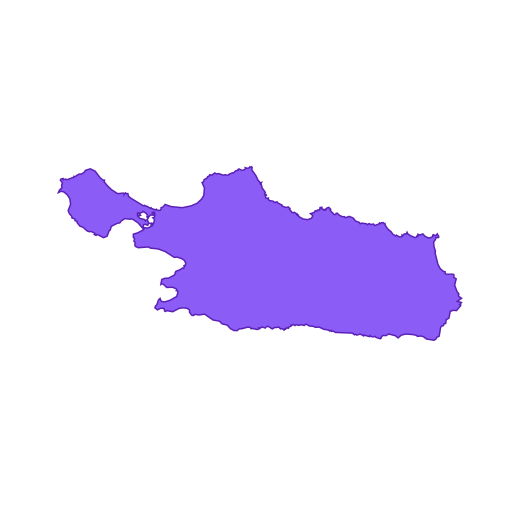 outline of Kangaroo Island, South Australia, Australia, rotated 199°
{"feature_id": "25037944B21501160534360", "entity_name": "Kangaroo Island", "entity_type": "district", "adm_level": 2, "iso_a3": "AUS", "parent_name": "Australia", "parent_adm1": "South Australia", "projection": "albers", "projection_center": [137.321, -35.824], "detail": "fine", "context": "isolated", "style": "filled", "palette": "violet", "viewbox_px": 512, "rotation_deg": 199, "n_neighbors": 0, "source": "geoboundaries", "source_scale": "gbopen_adm2", "svg_char_len": 6112}
<svg xmlns="http://www.w3.org/2000/svg" viewBox="0 0 512 512"><g transform="rotate(199 256 256)"><path d="M412.2,224.6L406.1,223.7L403.2,226.3L403.1,232.0L402.3,233.1L402.5,236.9L397.7,241.9L395.6,242.9L394.8,245.2L392.3,248.6L386.9,249.8L386.3,250.5L384.1,250.5L378.4,249.0L372.2,245.3L372.4,249.1L371.1,249.9L368.4,249.7L368.3,251.4L367.2,252.3L368.4,252.4L370.5,254.9L371.5,254.4L372.0,253.1L373.6,254.2L377.7,253.7L380.9,255.3L382.0,257.5L381.5,257.6L381.4,258.6L379.4,257.8L379.8,258.8L377.6,260.3L377.2,261.5L373.1,260.3L370.9,257.7L369.9,258.4L369.3,260.3L366.1,261.3L366.4,262.3L368.2,262.9L367.1,264.3L366.2,264.3L364.8,261.4L364.7,259.7L366.0,258.6L363.9,257.6L363.4,254.0L364.0,250.6L367.7,247.0L371.0,246.5L370.8,244.2L375.6,239.2L379.1,236.7L378.1,233.8L376.4,232.7L376.3,230.3L374.6,229.4L374.1,226.9L373.1,225.8L370.0,225.5L360.7,229.5L358.3,229.1L351.0,230.8L343.6,230.7L332.8,228.1L330.2,229.3L324.8,229.3L322.1,228.4L320.0,226.2L319.8,224.6L321.4,222.8L320.1,223.4L320.4,220.8L321.6,220.7L323.4,218.2L326.7,215.5L327.0,214.1L326.5,213.4L327.3,211.0L331.5,206.6L335.2,205.1L337.5,203.1L336.7,198.2L336.1,199.1L334.4,199.1L330.2,197.2L324.6,199.3L320.8,199.0L320.0,198.2L320.1,197.3L318.8,197.5L318.0,196.1L317.8,191.9L322.9,186.1L327.7,182.7L330.9,182.3L332.9,184.7L333.9,182.7L333.9,177.6L334.8,175.8L334.7,174.1L331.6,173.0L329.2,175.5L326.5,176.4L325.5,176.1L324.7,174.4L323.7,174.0L322.2,175.4L316.6,176.2L311.7,181.4L308.5,183.1L304.6,184.1L301.5,183.5L300.4,181.0L297.3,179.0L295.7,179.4L294.7,181.0L290.6,181.7L285.7,184.3L275.8,181.5L269.3,182.5L266.1,180.8L260.7,181.3L256.6,179.0L252.7,178.4L249.6,179.2L247.8,182.1L246.2,182.3L240.7,186.0L238.6,186.6L236.8,185.6L236.0,186.3L230.9,186.9L229.2,188.2L229.9,188.9L228.2,189.4L227.3,190.9L223.8,190.9L223.3,192.3L221.7,193.5L216.9,192.3L215.5,194.1L211.2,196.2L209.1,195.0L207.6,195.9L205.4,195.1L205.5,196.0L204.3,196.4L204.5,197.0L203.5,197.6L203.6,198.2L201.8,198.3L202.0,199.2L200.0,201.1L200.3,202.2L199.3,202.3L198.3,203.5L196.5,202.9L195.4,204.3L192.9,204.3L191.1,205.7L187.8,206.0L186.6,207.9L182.8,207.2L178.9,208.2L176.6,207.9L173.3,209.3L168.0,208.8L163.1,209.6L162.2,209.0L160.9,210.1L160.3,209.3L158.5,210.1L156.0,209.6L140.0,214.4L137.1,213.6L136.8,214.3L134.8,214.1L132.1,216.1L128.2,215.5L128.3,216.4L122.6,216.7L122.2,217.9L121.3,217.3L118.8,217.7L117.1,218.8L116.1,218.1L111.6,218.2L111.0,218.8L111.3,219.4L110.3,222.1L107.1,223.1L105.1,225.5L98.2,226.0L95.0,224.8L92.9,228.4L89.0,231.0L82.4,232.7L78.8,233.2L77.2,232.6L73.9,234.1L71.2,234.2L67.9,233.0L60.3,234.3L58.9,235.9L58.5,238.1L56.7,239.8L58.2,248.4L57.8,250.0L56.1,251.2L56.1,253.3L54.7,253.9L55.4,257.7L53.4,260.0L54.3,266.9L52.0,268.8L48.6,269.7L46.3,275.7L47.7,276.5L46.7,277.4L47.1,278.0L46.7,278.9L50.9,278.6L47.9,283.0L51.0,283.8L52.1,285.0L51.7,285.8L52.4,286.7L54.0,287.4L58.7,293.1L59.3,299.6L62.0,300.2L62.6,302.5L63.6,303.0L70.6,300.6L71.6,301.2L71.9,302.6L74.2,302.6L77.8,304.1L81.3,307.4L87.4,316.8L88.1,319.2L90.8,322.9L92.6,327.1L91.7,329.8L91.9,331.8L89.4,332.9L89.6,334.0L91.8,335.9L92.8,333.6L95.3,333.9L95.7,333.1L95.2,331.8L97.5,329.7L99.2,329.2L102.5,329.6L105.5,331.2L107.7,329.3L110.0,329.2L109.5,327.5L110.4,327.3L110.3,326.1L111.7,325.2L116.6,325.5L119.7,326.4L120.9,327.6L121.0,325.8L123.0,325.2L123.6,323.2L124.8,323.4L124.2,322.2L124.7,321.4L127.2,320.8L130.1,321.4L130.6,320.4L134.0,321.2L135.7,322.7L140.5,324.6L143.7,327.1L144.7,328.7L145.3,328.2L146.7,329.0L148.4,328.2L148.7,327.1L150.0,327.5L150.5,326.0L153.6,323.5L155.4,324.5L157.7,323.1L159.6,323.5L160.9,321.8L162.0,322.4L166.4,321.6L168.0,320.4L169.2,321.4L173.4,321.5L176.1,323.4L178.2,323.7L181.0,323.7L183.8,321.3L185.2,322.0L187.0,321.3L190.4,321.6L192.9,322.9L194.1,322.5L194.2,321.3L195.5,320.6L200.8,323.4L200.6,324.5L203.0,325.7L204.7,324.3L205.2,322.1L205.8,322.7L206.8,321.4L208.1,322.2L209.3,321.9L209.6,323.5L211.2,322.7L210.9,320.1L212.9,319.5L213.1,318.2L214.8,318.0L215.1,316.1L218.3,313.8L215.7,312.8L215.4,311.6L216.0,309.6L219.0,307.2L223.5,306.3L228.6,307.3L229.2,308.5L230.3,308.1L230.6,309.0L231.2,308.6L231.8,309.3L234.1,309.8L234.9,308.8L236.1,309.0L239.5,311.0L239.3,311.9L241.5,312.9L243.3,311.7L246.1,311.6L247.8,311.8L247.9,312.6L253.2,313.4L253.6,314.0L255.4,313.2L255.7,312.5L257.8,313.4L260.9,312.8L262.8,313.5L263.2,314.8L264.2,314.1L265.7,314.2L266.7,315.7L266.0,316.9L266.6,317.4L267.3,316.6L268.2,317.4L267.9,319.2L272.4,322.4L274.1,325.1L275.0,325.2L274.7,327.3L276.1,326.3L277.1,327.6L278.5,328.1L282.1,331.8L288.0,336.1L288.5,338.4L289.2,339.0L289.8,338.2L290.8,338.3L290.9,337.4L292.7,336.1L294.9,336.0L294.3,335.2L295.6,333.2L297.4,332.4L300.4,332.8L301.2,332.0L300.9,331.2L302.9,330.0L304.5,326.9L305.3,327.0L307.8,324.9L308.8,323.1L311.7,322.8L313.0,321.8L318.1,321.8L320.0,320.7L322.0,321.1L324.0,318.1L326.2,317.8L326.6,315.9L327.6,315.3L327.6,313.8L329.9,311.4L329.7,309.3L330.9,307.9L326.9,303.5L325.1,296.3L325.9,292.2L328.8,286.7L333.6,282.3L341.4,277.7L352.2,275.1L358.7,275.1L359.9,272.1L361.5,270.7L361.0,269.6L361.3,268.2L362.6,267.5L364.8,267.2L365.3,267.8L366.3,266.9L370.7,266.9L370.9,267.4L371.6,266.8L375.7,267.6L376.6,267.0L377.7,267.7L378.9,266.8L392.7,269.8L395.9,270.9L397.5,273.3L398.7,272.8L399.9,273.2L400.6,271.5L400.7,272.3L401.9,272.3L407.1,269.9L414.1,271.6L419.3,274.0L423.6,276.6L424.0,278.4L425.3,277.9L428.8,279.2L435.6,283.8L441.0,284.5L445.1,281.5L445.8,279.1L447.5,276.9L450.1,275.7L453.1,272.0L454.1,272.0L454.0,271.1L459.5,266.6L461.2,266.7L462.9,265.5L463.6,266.5L465.6,265.1L465.7,264.1L462.8,262.0L462.9,259.8L461.7,257.4L463.2,254.6L463.5,251.7L461.3,253.8L458.4,254.0L454.1,252.3L450.7,249.5L448.1,244.5L448.4,237.8L446.1,235.2L443.0,233.5L442.5,232.1L439.4,232.1L438.6,230.5L436.4,230.5L436.0,229.3L432.2,226.9L429.0,226.9L423.7,224.7L421.6,224.7L419.9,225.5L416.6,225.2L415.7,224.8L415.3,224.2L415.8,223.7L415.2,223.5L413.8,223.5L413.7,224.3L412.2,224.6ZM370.2,256.9L371.5,258.0L371.9,257.6L370.5,256.2L370.2,256.9ZM378.4,256.9L379.2,257.3L380.1,256.2L379.1,256.3L378.4,256.9ZM365.7,253.0L365.4,251.5L364.2,253.2L365.7,253.0Z" fill="#8b5cf6" stroke="#5b21b6" stroke-width="1.5"/></g></svg>